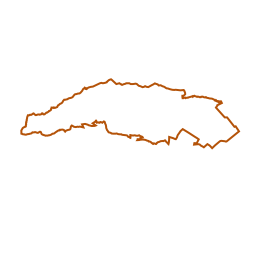 outline of Cricau, Alba, Romania, rotated 334°
{"feature_id": "2599482B70766951502977", "entity_name": "Cricau", "entity_type": "district", "adm_level": 2, "iso_a3": "ROU", "parent_name": "Romania", "parent_adm1": "Alba", "projection": "natural_earth1", "projection_center": [23.516, 46.19], "detail": "fine", "context": "isolated", "style": "outline", "palette": "amber", "viewbox_px": 256, "rotation_deg": 334, "n_neighbors": 0, "source": "geoboundaries", "source_scale": "gbopen_adm2", "svg_char_len": 5742}
<svg xmlns="http://www.w3.org/2000/svg" viewBox="0 0 256 256"><g transform="rotate(334 128 128)"><path d="M48.6,73.5L47.0,73.8L46.3,73.5L46.3,73.4L45.4,73.1L45.2,73.3L44.7,73.1L44.3,73.2L43.6,72.7L42.0,74.2L41.8,74.7L40.6,76.1L40.6,76.5L39.8,77.2L39.8,77.4L39.2,77.9L39.2,78.3L38.6,78.7L38.5,79.1L37.9,79.9L37.9,80.4L37.7,80.6L37.2,80.9L37.0,81.3L37.0,81.6L36.8,81.8L36.5,81.9L35.2,81.7L33.8,81.8L33.2,82.0L31.3,83.3L30.8,83.8L30.4,85.1L30.0,85.6L29.7,86.4L30.6,87.2L30.9,87.7L31.9,88.2L32.6,88.9L33.8,89.4L34.6,89.4L36.4,90.0L37.6,90.2L38.7,90.5L39.0,90.5L40.2,90.0L41.2,90.6L41.8,90.8L42.6,90.9L42.9,91.1L44.3,92.5L44.8,92.8L45.2,92.9L47.0,92.7L47.4,92.9L47.7,93.1L47.9,93.7L47.7,95.1L47.8,95.7L48.4,96.7L48.9,97.0L49.2,97.5L49.7,97.8L50.4,98.7L50.9,98.8L52.6,99.7L53.3,99.7L54.2,100.1L56.1,100.3L57.6,100.0L58.6,100.4L59.1,100.5L59.9,100.4L61.0,100.1L63.0,99.9L63.3,99.7L64.6,99.8L64.9,100.0L65.2,99.8L65.6,100.0L65.9,99.8L66.2,100.1L66.5,100.0L67.2,100.2L67.5,100.4L68.6,100.8L68.8,101.0L69.5,101.7L69.6,102.7L69.9,103.7L71.0,103.2L72.9,103.4L74.9,103.9L75.8,103.6L77.4,101.6L78.5,101.1L78.8,101.4L80.1,103.4L80.4,103.5L80.9,103.9L81.5,104.3L83.2,104.7L84.0,105.3L85.3,105.6L88.2,107.9L88.3,104.6L91.2,105.5L93.3,107.4L93.8,108.2L96.4,110.4L99.0,111.5L100.1,111.6L98.3,108.3L99.8,108.1L101.3,108.0L101.8,107.7L102.0,107.5L102.4,107.3L102.5,107.3L102.6,107.7L102.4,108.6L102.2,109.2L102.3,109.6L103.2,109.6L103.4,109.7L103.7,109.9L104.0,110.3L104.4,110.7L104.7,110.8L104.9,110.8L105.1,110.5L105.8,110.5L106.1,110.7L107.0,111.6L107.2,112.0L109.1,111.5L109.6,112.0L109.7,112.5L109.4,114.0L109.4,115.5L108.9,117.3L108.5,118.2L108.4,118.7L108.3,120.9L108.5,121.4L108.6,122.8L108.7,123.3L109.0,123.7L109.4,123.9L110.5,125.0L110.7,125.6L111.3,126.1L114.2,127.6L115.5,128.0L116.5,129.2L118.1,130.2L119.2,130.7L119.6,131.4L120.3,131.9L123.1,133.7L123.7,134.2L124.1,134.6L124.2,135.8L124.4,136.1L124.7,136.4L125.0,136.5L125.4,137.2L125.5,137.6L125.8,137.9L126.1,137.5L126.7,136.2L126.9,135.4L127.3,135.5L127.9,136.2L129.5,137.1L130.3,137.3L131.1,137.7L131.8,138.4L133.3,139.2L134.1,139.4L134.6,139.4L134.9,139.5L135.2,140.3L136.9,142.1L137.1,142.5L137.1,142.8L136.2,142.5L134.7,142.5L134.7,143.0L134.2,143.2L133.4,143.2L132.8,143.0L132.0,142.3L131.8,142.3L131.8,142.5L131.6,142.7L131.1,143.0L132.7,143.7L133.8,143.9L136.1,144.8L137.4,145.6L138.5,146.4L139.5,147.6L140.7,148.6L140.7,149.2L141.6,149.7L142.3,150.5L142.7,151.8L143.1,152.2L143.2,152.7L143.6,153.4L143.8,153.4L144.2,153.0L145.3,153.7L145.9,154.5L146.2,154.7L147.3,154.3L147.6,154.0L148.9,153.9L149.4,154.1L151.8,154.2L152.9,154.7L153.6,154.9L154.1,155.3L155.9,155.3L156.1,155.7L156.1,156.4L156.6,158.0L156.9,158.7L157.1,159.2L157.1,159.7L157.3,160.2L158.3,159.0L159.8,156.6L161.1,154.1L164.1,156.9L165.6,158.7L166.1,159.0L166.7,158.7L168.1,157.7L169.0,156.7L169.9,156.0L171.1,155.4L173.9,153.8L176.7,153.0L180.5,159.0L184.6,165.8L185.4,167.0L186.6,169.2L183.1,171.8L181.0,170.7L180.1,171.9L182.9,172.9L184.2,173.4L184.6,173.7L185.3,174.4L185.8,175.8L187.0,177.4L187.7,178.6L192.3,177.3L193.5,179.2L193.8,179.8L194.8,183.0L198.8,181.7L204.8,180.2L205.8,180.3L206.5,180.6L209.3,182.4L210.0,183.1L210.7,183.3L226.3,179.7L225.5,173.7L224.2,173.6L221.7,161.9L219.6,160.9L216.0,148.2L218.4,146.9L218.4,146.7L223.3,146.7L223.3,145.0L223.1,145.0L222.7,144.8L222.3,144.8L222.2,144.6L222.2,144.4L221.1,144.7L221.1,144.4L220.7,144.3L220.9,143.4L220.7,143.2L220.4,143.1L220.2,143.4L219.7,142.8L219.5,142.2L219.2,142.6L219.0,142.4L218.9,141.8L218.3,141.4L218.5,141.1L218.3,140.7L218.0,140.6L217.1,139.3L216.3,138.4L214.3,137.2L213.2,136.2L212.2,135.5L211.7,134.8L211.6,134.4L211.4,134.3L210.7,134.4L210.0,133.8L209.8,133.7L209.1,133.0L209.1,132.8L208.3,132.2L207.6,132.2L207.2,132.0L206.9,132.2L205.9,131.7L205.3,131.0L204.9,130.7L204.7,130.5L204.3,130.3L204.0,130.4L203.5,130.1L203.3,129.8L203.0,129.5L202.7,129.1L201.8,128.5L201.7,128.1L201.0,128.0L200.4,128.2L200.2,127.9L199.8,128.2L199.6,127.7L199.3,127.6L198.3,127.5L195.3,126.9L195.1,127.0L194.9,126.8L194.1,126.7L193.3,126.2L193.0,126.3L192.9,126.3L192.9,126.0L192.5,126.0L192.1,125.6L191.6,125.4L190.9,125.4L190.9,125.1L190.2,125.0L190.5,123.9L191.0,122.9L191.8,123.3L192.5,123.3L194.2,122.7L194.7,121.5L194.9,119.7L194.9,119.0L194.4,118.5L194.5,118.2L191.6,117.1L187.7,114.6L187.1,114.3L186.5,114.2L184.6,113.1L182.7,111.5L181.1,109.9L180.1,109.3L179.6,108.6L178.9,107.3L178.3,106.5L177.3,105.6L176.1,103.9L174.2,103.2L173.8,101.8L172.3,100.4L171.7,99.7L169.9,99.9L168.5,99.9L164.4,100.1L164.1,100.1L162.7,99.1L161.7,97.9L160.3,98.0L159.0,97.7L157.5,95.9L156.3,94.9L155.9,94.1L155.2,92.3L154.3,91.5L151.7,90.7L149.7,89.7L148.8,88.4L145.9,87.0L145.6,87.1L145.1,87.1L143.1,86.7L142.1,86.7L141.8,86.7L141.3,86.4L141.0,86.0L141.0,85.6L140.4,85.0L139.9,84.0L136.8,83.4L134.6,77.8L134.1,76.8L132.6,76.6L131.7,76.6L129.1,77.3L128.9,77.6L127.4,77.4L125.1,76.8L123.9,75.8L122.6,75.5L114.6,75.4L112.5,74.7L110.2,74.3L108.8,74.5L107.8,74.9L107.0,74.3L106.7,73.9L107.2,73.6L106.8,73.4L106.9,73.0L106.8,72.8L106.4,73.0L104.6,73.4L103.3,74.4L101.0,75.4L100.1,75.6L99.6,75.7L98.1,75.1L96.5,74.9L95.7,74.6L94.9,74.5L94.5,74.6L92.8,75.4L91.6,76.0L89.8,75.9L89.7,75.8L88.0,75.4L87.0,75.4L86.3,75.6L83.7,75.0L83.1,74.6L81.6,75.2L80.4,76.1L80.0,76.3L79.4,76.5L78.3,76.6L77.5,76.5L75.7,77.0L74.9,77.0L74.6,77.3L73.6,78.1L71.6,78.0L70.4,77.6L70.6,77.2L70.0,76.8L69.5,76.8L68.4,76.2L68.2,76.7L67.6,76.7L67.0,77.4L67.0,77.7L66.6,78.0L65.8,78.2L64.9,78.2L64.4,78.1L64.1,78.4L61.9,78.7L61.5,78.4L59.0,79.1L58.3,78.9L58.0,78.7L57.7,78.2L57.8,78.0L57.8,77.8L57.7,77.5L57.4,77.2L57.0,77.1L56.3,77.5L55.9,77.6L54.4,77.3L54.0,76.8L52.7,76.3L51.3,76.2L51.0,76.0L50.6,75.9L50.2,75.2L49.6,73.6L48.6,73.6L48.6,73.5Z" fill="none" stroke="#b45309" stroke-width="2"/></g></svg>